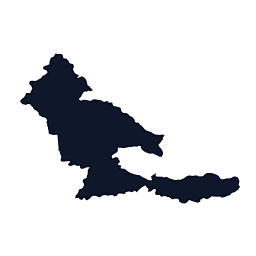 Pirajuí, São Paulo, Brazil, rotated 82°
{"feature_id": "56859067B50435811412978", "entity_name": "Pirajuí", "entity_type": "district", "adm_level": 2, "iso_a3": "BRA", "parent_name": "Brazil", "parent_adm1": "São Paulo", "projection": "equal_earth", "projection_center": [-49.386, -21.905], "detail": "fine", "context": "isolated", "style": "filled", "palette": "ink", "viewbox_px": 256, "rotation_deg": 82, "n_neighbors": 0, "source": "geoboundaries", "source_scale": "gbopen_adm2", "svg_char_len": 5929}
<svg xmlns="http://www.w3.org/2000/svg" viewBox="0 0 256 256"><g transform="rotate(82 128 128)"><path d="M64.8,204.5L66.2,205.8L67.3,207.0L67.8,208.7L68.3,210.0L68.8,211.1L69.4,212.9L68.6,216.4L68.6,218.0L69.9,218.9L71.0,218.5L72.0,217.8L73.0,216.9L74.4,216.9L75.3,216.6L76.3,216.7L77.4,217.4L78.3,218.5L80.7,219.3L80.3,221.6L80.0,223.6L82.0,224.6L83.1,225.7L84.1,226.8L85.0,228.5L86.1,230.1L87.6,230.0L88.7,228.9L89.5,227.6L90.1,226.0L89.6,224.3L89.7,222.3L90.4,221.4L91.0,220.4L92.5,219.9L93.7,218.5L95.3,218.3L96.5,217.2L97.2,216.2L98.2,215.3L99.5,213.9L101.3,213.7L102.6,213.5L103.5,212.1L104.5,211.2L105.1,209.2L106.2,207.2L107.7,206.8L108.6,206.1L109.8,206.5L111.3,207.2L112.9,206.4L114.1,207.1L115.0,206.7L115.9,206.3L117.2,206.6L118.9,206.4L120.6,206.3L121.9,206.5L122.6,205.7L123.1,204.5L123.6,203.2L123.9,201.4L124.1,198.0L138.6,198.8L140.0,199.2L141.8,198.0L143.5,198.2L144.8,197.7L147.3,197.2L148.2,197.5L150.0,198.3L151.0,198.4L151.5,197.1L151.6,195.4L151.8,192.0L151.8,190.8L152.6,189.1L153.7,188.9L155.7,191.6L156.8,190.8L156.8,188.9L156.0,186.8L156.4,185.2L157.6,184.0L157.8,182.4L157.8,180.6L158.7,180.0L160.3,180.2L161.2,179.6L161.3,177.9L160.7,175.8L160.4,174.2L160.7,171.5L161.8,170.4L162.8,170.9L163.4,172.2L164.3,172.9L165.2,173.1L167.3,173.4L168.3,173.7L169.2,174.2L170.7,174.9L171.8,174.9L172.7,176.2L172.9,178.0L173.4,179.1L174.5,179.6L175.6,179.3L177.2,178.2L178.5,178.9L179.9,179.3L180.8,180.0L182.4,181.9L182.5,184.1L184.0,185.1L185.1,185.5L186.5,186.6L187.9,188.5L189.5,189.0L189.4,187.1L189.7,185.7L191.2,185.3L192.0,183.7L190.8,182.3L189.8,181.4L190.6,180.1L192.3,179.5L193.1,178.4L192.3,177.0L191.4,175.4L190.4,174.6L190.0,173.2L189.5,171.9L189.8,170.4L189.9,169.0L191.1,167.3L192.0,165.3L190.8,163.8L190.5,162.2L190.4,160.0L190.5,158.6L191.6,157.5L191.2,155.9L191.5,154.6L191.2,153.1L191.9,151.8L193.1,150.4L192.9,149.0L192.0,148.4L191.2,147.3L190.8,146.0L191.2,144.4L191.2,142.5L192.0,142.0L192.0,140.6L191.1,140.2L190.4,138.8L190.3,136.9L190.1,135.3L190.8,134.3L191.3,132.9L190.5,131.0L189.9,129.7L190.9,128.9L191.8,128.2L190.1,126.3L188.0,122.8L186.1,118.4L188.1,117.6L189.1,116.9L190.1,116.2L190.9,115.2L193.2,116.1L193.2,114.4L191.5,111.7L191.2,110.0L192.1,108.7L193.0,108.1L194.4,108.5L196.0,109.4L197.1,109.4L197.7,108.5L197.8,105.5L199.2,104.9L200.1,103.8L199.4,102.7L199.6,101.0L200.4,99.3L201.1,98.1L201.6,96.6L202.7,95.1L204.1,93.9L203.8,92.1L204.0,90.0L204.1,88.7L204.8,87.2L206.1,86.9L207.7,86.7L209.0,85.1L209.7,83.3L209.8,81.5L209.1,80.4L208.2,79.2L207.2,78.2L207.4,75.9L208.6,74.8L209.2,72.9L210.0,71.2L210.9,69.4L210.4,67.4L208.7,67.2L208.2,66.2L207.9,65.0L207.3,64.0L206.7,62.3L208.4,60.9L208.7,59.3L208.0,57.5L207.4,56.3L206.4,54.9L207.1,52.2L207.4,50.8L207.8,48.8L207.9,47.5L207.8,46.2L209.3,44.5L209.0,41.7L208.6,40.2L208.1,38.5L208.0,36.7L206.8,35.8L206.2,34.3L205.8,33.1L205.5,31.3L203.4,27.5L202.4,27.1L201.7,26.1L200.3,27.2L199.1,27.0L198.0,26.7L196.5,25.9L195.5,26.0L194.2,26.2L193.1,26.6L192.1,27.6L191.6,29.3L191.7,30.7L192.5,32.4L192.8,34.2L192.6,35.9L192.4,37.5L192.7,39.7L192.8,41.6L192.3,43.3L190.9,44.4L188.5,45.6L187.7,46.7L186.9,47.7L186.3,49.1L185.5,50.3L185.0,52.0L184.2,55.9L185.6,58.7L186.9,60.0L186.8,62.3L186.6,63.9L186.2,65.7L185.4,66.4L185.1,67.8L185.2,70.7L184.8,72.4L184.2,74.0L184.6,76.2L185.7,78.2L186.6,80.4L187.0,82.0L187.6,83.6L186.9,84.8L186.9,87.0L186.9,88.2L186.8,89.6L186.0,90.6L184.2,94.6L183.0,96.0L182.3,98.0L183.2,99.9L181.8,100.9L181.2,104.6L180.7,107.1L179.6,108.3L178.0,107.8L179.5,111.1L180.9,111.0L182.5,110.7L183.9,111.0L183.7,112.6L183.4,114.6L182.7,116.1L181.4,117.5L180.4,119.1L179.4,120.8L178.1,122.2L177.0,123.4L176.8,124.8L176.1,126.6L175.2,129.0L174.4,130.3L173.8,131.7L173.1,132.7L171.5,134.7L170.3,135.8L169.5,136.5L168.5,138.1L168.2,139.4L167.3,142.0L165.8,141.5L164.8,140.8L164.2,142.2L163.9,143.6L162.6,144.1L159.8,141.4L158.6,142.3L157.3,142.4L156.1,143.2L155.9,144.6L156.7,146.1L156.6,148.1L155.6,148.9L154.2,148.7L153.2,149.0L152.2,147.9L151.1,145.6L150.3,144.1L149.8,142.5L148.8,142.0L147.2,141.7L145.8,141.7L144.7,141.5L145.6,139.6L145.7,137.8L146.5,135.0L146.5,132.6L146.3,131.1L146.3,128.6L146.5,126.9L146.3,125.3L146.4,123.5L147.0,121.7L146.5,120.4L146.6,118.6L147.5,116.4L149.0,117.2L150.7,116.7L151.8,115.8L153.0,114.5L153.8,113.7L154.8,111.6L155.7,110.1L155.9,106.7L157.3,104.6L158.2,103.0L159.0,101.9L160.0,100.8L160.4,99.0L159.2,98.3L158.4,97.6L156.9,97.5L155.7,97.8L154.5,98.3L153.3,98.7L152.0,99.9L150.4,100.8L148.2,100.8L146.6,98.6L145.3,97.4L143.9,95.9L141.9,95.4L140.4,94.0L139.9,95.8L140.2,97.6L139.5,99.5L139.4,101.4L138.6,102.6L137.8,104.1L136.1,105.8L133.7,110.6L132.1,112.2L130.1,113.5L128.4,114.6L126.5,116.5L124.9,117.3L124.4,119.7L123.0,121.2L121.4,121.0L120.5,121.3L118.5,122.6L117.7,123.5L117.0,125.2L114.9,126.3L113.7,127.8L113.5,129.8L112.9,131.2L111.9,132.1L111.0,132.8L109.6,133.2L108.3,133.0L107.2,133.8L106.5,135.0L105.7,137.1L104.9,139.8L102.5,140.7L101.2,140.8L101.0,142.8L101.4,144.3L99.5,144.6L99.1,145.9L99.6,147.3L99.8,148.6L98.8,149.5L98.1,150.3L97.4,151.3L96.9,153.4L95.8,156.4L95.6,157.7L96.1,159.5L96.8,161.2L96.0,163.6L95.3,165.2L94.6,168.2L95.1,170.4L94.9,171.8L93.6,172.9L92.5,173.5L91.3,172.9L90.5,171.3L89.7,170.5L87.7,169.2L85.0,166.8L85.2,165.4L85.3,163.6L84.6,161.4L85.6,160.1L85.2,158.7L84.3,159.5L82.9,160.5L81.7,161.2L80.6,162.9L77.1,163.0L74.9,163.5L73.9,163.9L72.6,164.8L71.1,166.6L71.6,168.0L72.0,169.7L72.1,171.5L71.6,172.7L70.4,171.8L69.1,170.5L68.0,172.2L66.9,173.4L65.9,174.1L64.0,174.6L62.0,175.3L59.8,173.8L57.8,174.0L56.7,176.5L55.4,178.0L54.0,178.1L52.7,178.9L51.5,179.8L50.9,181.7L50.0,183.4L48.7,183.1L47.5,183.1L46.3,183.7L45.9,185.3L45.9,187.0L45.1,189.2L46.2,190.2L47.2,190.5L47.8,191.6L48.1,193.5L48.9,194.5L50.7,195.2L52.0,195.8L53.4,196.2L54.6,196.4L55.0,197.7L55.5,199.7L55.8,201.8L56.3,202.8L57.5,202.9L58.5,201.1L59.7,199.5L61.7,199.3L63.0,199.8L64.1,202.1L65.1,203.1L64.8,204.5Z" fill="#0f172a" stroke="#020617" stroke-width="1.5"/></g></svg>